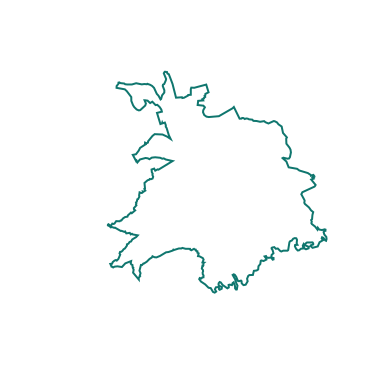 Tecali de Herrera, Puebla, Mexico (Natural Earth projection), rotated 315°
{"feature_id": "50627088B1690235802813", "entity_name": "Tecali de Herrera", "entity_type": "district", "adm_level": 2, "iso_a3": "MEX", "parent_name": "Mexico", "parent_adm1": "Puebla", "projection": "natural_earth1", "projection_center": [-97.988, 18.898], "detail": "fine", "context": "isolated", "style": "outline", "palette": "teal", "viewbox_px": 384, "rotation_deg": 315, "n_neighbors": 0, "source": "geoboundaries", "source_scale": "gbopen_adm2", "svg_char_len": 6086}
<svg xmlns="http://www.w3.org/2000/svg" viewBox="0 0 384 384"><g transform="rotate(315 192 192)"><path d="M82.3,187.9L82.8,188.3L82.9,189.6L84.4,190.0L86.7,191.8L89.4,195.5L94.4,195.3L100.1,197.8L98.1,199.2L97.9,200.4L98.3,201.5L96.9,203.1L97.0,203.9L96.4,204.1L95.8,205.7L93.3,207.4L92.5,216.2L93.6,215.0L95.8,214.8L95.8,214.3L98.2,213.0L99.2,210.5L104.3,207.5L105.0,208.3L107.1,208.2L107.4,208.6L110.7,209.3L114.6,209.3L117.3,209.9L118.6,209.5L119.3,211.5L120.6,213.1L124.2,214.6L131.0,216.3L132.9,217.8L137.0,219.8L137.9,219.6L137.9,220.1L142.7,222.6L144.5,224.4L145.6,224.7L147.3,227.6L150.4,230.8L150.0,231.5L150.3,232.7L153.2,233.6L153.2,234.4L153.9,235.4L153.3,236.3L153.9,237.8L152.9,238.7L153.3,240.1L150.9,241.6L151.8,242.7L152.9,246.4L152.4,248.0L149.6,249.2L150.6,250.5L149.6,250.4L148.1,252.0L147.3,252.2L147.1,251.6L144.8,253.1L144.6,254.8L143.8,255.9L142.5,256.5L141.4,257.9L141.2,259.1L139.8,260.4L138.9,259.7L137.5,259.8L136.7,258.3L135.5,258.7L135.0,261.6L136.0,266.7L136.0,271.4L137.3,273.2L136.2,277.5L136.9,279.2L138.7,279.5L139.4,277.0L141.5,276.3L143.8,278.1L142.3,280.0L142.4,280.7L144.6,281.4L145.9,280.4L144.9,277.6L145.1,276.4L146.3,275.4L147.9,275.2L148.4,276.3L147.9,279.3L148.9,285.1L150.5,285.5L152.2,283.6L153.2,284.2L154.4,286.1L156.4,285.1L157.6,285.3L155.9,288.9L154.3,290.7L154.2,292.2L154.8,292.6L158.0,290.3L158.7,288.1L160.7,284.4L162.1,279.4L163.3,279.7L163.7,280.8L163.3,283.2L161.6,287.3L162.1,288.3L164.0,289.3L164.0,290.1L162.7,291.5L162.5,293.3L162.7,294.4L164.4,295.5L168.2,294.5L169.6,292.3L172.4,291.1L173.8,291.3L176.4,293.7L180.0,291.5L182.2,293.2L184.0,293.6L186.5,291.5L189.4,291.2L191.9,289.3L192.6,289.4L193.8,291.4L196.9,292.4L197.3,291.9L197.8,288.9L199.0,289.6L198.5,290.7L199.4,292.5L201.6,294.3L201.2,296.9L202.0,297.3L203.0,296.3L202.1,295.0L202.5,293.8L203.8,292.8L206.3,292.9L207.9,290.1L208.2,288.4L208.7,287.9L209.5,288.0L211.2,289.2L211.1,291.4L212.7,292.6L212.7,296.2L213.1,297.2L215.0,298.0L218.0,301.0L218.9,301.1L225.4,296.4L226.7,296.2L228.2,296.9L230.5,296.6L232.1,297.3L233.0,298.5L232.4,300.1L229.6,302.4L229.2,303.9L227.4,302.4L226.4,303.1L225.5,305.6L225.4,308.1L226.4,308.9L229.0,309.2L230.9,310.7L232.4,308.3L233.9,307.8L233.5,308.9L231.9,310.3L231.7,312.0L232.1,313.1L234.6,314.3L235.8,313.4L234.6,310.4L234.7,309.4L235.6,308.7L237.6,309.0L241.6,312.9L241.4,314.0L240.6,314.8L238.3,313.7L237.6,313.9L237.8,316.7L242.4,319.4L246.7,317.7L250.5,318.7L250.9,316.5L252.0,316.0L252.5,317.4L252.0,320.5L252.3,321.3L253.9,320.4L255.2,318.7L255.5,315.6L256.7,313.4L258.1,313.2L258.9,313.8L259.8,313.0L259.4,312.2L257.0,310.8L255.4,308.5L255.7,306.3L254.1,307.2L254.6,303.6L254.1,299.4L254.4,298.4L255.7,297.7L256.4,296.1L257.7,296.1L260.9,293.4L263.5,291.9L263.2,289.2L263.8,285.6L263.4,280.2L263.8,279.0L265.5,277.8L265.9,276.9L267.7,270.9L269.9,270.2L282.4,274.8L283.5,274.7L284.4,274.4L285.1,267.5L287.3,268.5L287.4,267.2L288.4,267.8L288.5,266.5L289.7,267.1L289.9,265.7L287.6,264.6L288.0,263.9L287.3,260.5L283.1,252.7L282.7,249.9L277.8,242.9L280.3,237.2L280.0,232.1L280.8,232.3L283.1,236.0L284.3,236.9L285.9,236.6L289.9,234.0L291.6,231.7L292.3,229.5L292.9,224.6L296.3,220.9L297.7,220.5L298.1,214.6L301.7,209.1L301.0,205.3L301.3,202.8L300.5,200.4L299.9,199.6L294.5,197.6L293.3,194.7L293.1,192.9L289.8,190.5L287.9,187.5L285.7,185.1L285.8,183.5L283.7,180.9L283.3,179.6L282.3,178.3L280.9,177.7L280.7,176.2L279.8,175.1L278.9,175.1L277.5,173.8L281.7,161.5L279.9,161.5L264.6,157.4L256.9,150.9L255.5,148.9L255.1,146.2L256.2,143.4L257.8,142.1L261.0,141.2L261.1,139.0L257.5,134.5L260.8,131.9L264.6,135.1L264.9,133.7L266.5,134.3L266.8,133.9L268.5,134.1L268.8,133.0L269.5,133.2L270.8,132.1L274.2,133.2L278.0,126.1L267.3,119.9L265.3,117.7L263.9,118.4L259.9,122.4L257.9,120.7L257.3,121.0L253.0,119.7L251.6,118.7L251.9,117.9L247.4,114.0L254.6,101.9L256.6,97.5L258.9,92.3L258.4,91.0L259.1,89.5L258.6,89.2L258.5,88.5L257.7,87.7L256.0,88.1L253.6,93.8L252.3,94.6L248.7,96.0L247.4,95.6L246.3,96.3L244.4,100.5L242.7,102.1L239.2,102.5L235.9,104.4L235.2,104.3L236.4,100.2L236.5,97.7L238.8,91.5L238.8,88.8L238.2,86.6L236.9,83.9L236.3,83.9L234.6,81.9L232.6,80.4L229.4,75.6L225.6,73.5L222.1,70.0L220.9,68.5L220.8,67.4L218.4,64.4L218.1,63.1L217.4,62.7L216.9,63.4L213.6,63.8L212.3,65.0L217.1,71.9L217.2,74.6L216.2,81.9L213.5,84.7L211.7,88.9L211.2,91.1L211.2,94.5L212.1,96.7L213.3,97.5L220.1,97.8L222.0,96.8L223.3,93.6L223.7,94.0L225.2,96.0L225.3,99.5L227.8,100.1L227.7,104.8L229.1,105.8L229.2,109.0L228.6,112.0L227.5,113.9L223.2,111.3L217.7,121.6L219.2,122.3L220.0,121.9L219.7,122.6L221.9,123.7L220.7,126.3L219.6,127.3L219.3,128.8L215.8,135.4L214.4,139.4L213.5,135.1L211.8,130.5L206.5,124.7L203.7,124.4L196.8,125.1L195.8,125.9L194.1,125.3L193.9,124.5L193.5,125.1L193.2,124.4L192.2,125.3L186.6,124.1L183.4,125.1L179.1,125.7L176.4,123.9L174.3,130.7L175.0,130.6L174.3,132.5L178.2,132.2L183.2,135.1L184.6,137.0L185.1,138.7L187.9,139.3L190.5,141.4L193.7,145.3L194.5,147.4L195.8,148.3L196.4,150.4L200.2,156.4L184.1,152.5L183.7,151.7L181.1,150.9L181.8,148.7L179.3,147.5L177.6,149.6L177.1,151.3L176.1,151.9L175.3,153.8L173.6,154.6L172.0,153.9L171.3,152.9L170.5,153.1L168.9,152.3L164.8,152.0L161.3,156.2L160.5,156.1L160.0,158.0L157.9,157.5L157.6,156.9L157.3,157.4L156.3,157.4L155.4,156.8L154.7,155.2L152.2,157.0L151.6,158.0L148.9,158.9L148.2,158.5L146.1,159.8L145.0,159.8L144.6,160.7L143.7,161.0L143.3,162.1L139.5,162.3L138.8,163.1L138.8,164.8L134.4,164.4L134.3,163.4L130.2,163.2L128.9,163.8L127.0,162.4L124.6,161.9L121.8,162.2L121.2,161.6L120.2,161.6L117.8,159.0L114.9,159.5L114.0,159.2L113.3,158.0L110.7,158.6L110.1,155.7L109.4,155.7L109.0,156.0L109.0,156.5L109.7,156.5L109.5,159.5L110.7,160.3L111.7,162.4L112.3,162.7L114.1,169.2L114.7,169.6L116.0,172.4L116.8,172.6L116.3,174.8L119.1,176.9L118.7,178.7L120.0,179.1L120.1,180.1L123.0,184.3L120.7,184.4L116.2,183.3L114.0,183.9L112.5,183.2L110.5,183.6L109.0,183.0L108.1,183.9L104.6,184.5L103.1,184.1L101.4,184.4L99.8,184.3L98.8,183.5L97.3,184.2L97.0,185.5L92.5,187.3L90.3,187.3L90.1,186.3L88.7,185.7L86.4,185.5L84.8,186.2L83.4,185.1L82.3,187.9Z" fill="none" stroke="#0f766e" stroke-width="2"/></g></svg>